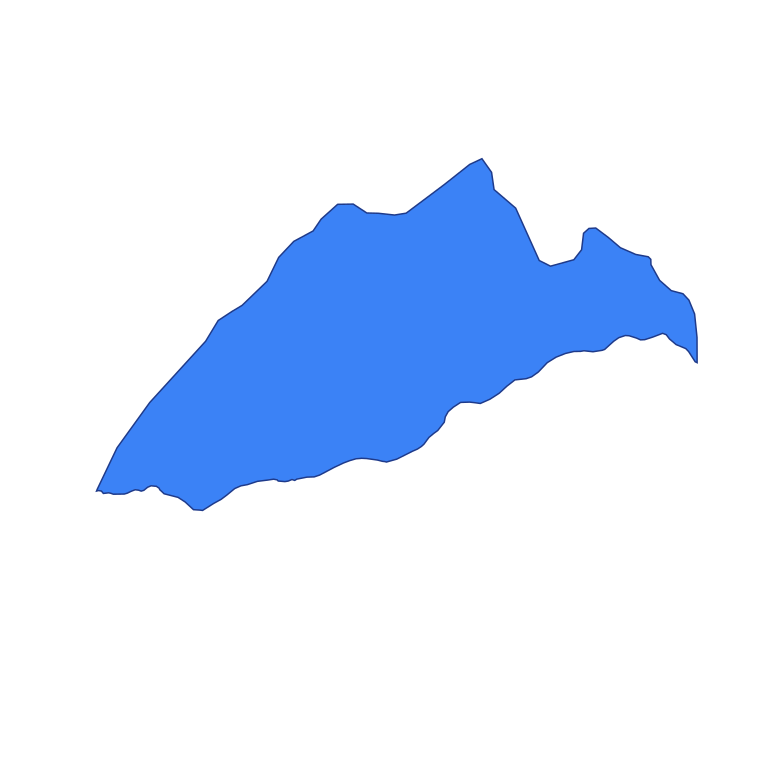 the district of Mayo-Tsanaga, Extrême-Nord, Cameroon, rotated 233°
{"feature_id": "32672807B48868778994443", "entity_name": "Mayo-Tsanaga", "entity_type": "district", "adm_level": 2, "iso_a3": "CMR", "parent_name": "Cameroon", "parent_adm1": "Extrême-Nord", "projection": "natural_earth1", "projection_center": [13.657, 10.578], "detail": "fine", "context": "isolated", "style": "filled", "palette": "blue", "viewbox_px": 768, "rotation_deg": 233, "n_neighbors": 0, "source": "geoboundaries", "source_scale": "gbopen_adm2", "svg_char_len": 1989}
<svg xmlns="http://www.w3.org/2000/svg" viewBox="0 0 768 768"><g transform="rotate(233 384 384)"><path d="M534.5,289.8L525.5,267.3L510.2,185.8L493.7,132.4L472.5,91.6L471.5,90.0L470.7,91.9L468.5,93.9L465.5,94.0L462.8,98.6L461.2,100.0L458.9,101.5L452.4,110.4L451.3,113.3L450.5,117.4L449.3,121.6L446.9,124.1L444.6,125.6L443.6,128.2L443.8,133.0L442.9,136.7L440.2,139.6L439.4,140.6L436.1,141.7L434.5,141.3L431.9,141.8L428.7,142.3L417.4,151.3L409.4,154.2L398.3,156.2L393.9,161.3L392.2,163.0L391.1,176.2L389.9,184.6L389.9,191.8L390.3,201.0L390.3,202.0L388.8,208.4L385.8,214.4L382.4,224.4L377.1,233.6L374.4,238.6L371.7,241.0L370.2,241.1L365.7,246.1L364.1,249.1L363.1,253.0L360.7,254.7L360.5,257.1L356.0,266.4L351.8,272.4L350.0,277.8L347.4,294.0L345.3,304.1L343.4,310.6L341.1,316.7L338.8,320.3L338.4,321.1L334.9,325.3L327.2,333.0L323.2,336.2L321.6,337.9L320.2,339.0L316.3,349.0L313.2,366.1L311.9,371.6L311.6,376.3L311.9,379.7L314.3,387.7L314.6,394.1L314.5,398.9L317.2,409.1L320.9,413.2L323.3,418.6L323.8,425.4L323.2,434.1L318.0,441.5L314.2,445.5L310.5,449.2L309.4,453.8L308.1,459.4L307.3,470.5L308.3,480.6L308.5,491.0L302.7,500.7L300.9,506.2L300.7,514.5L302.8,527.2L301.9,537.5L299.2,547.3L295.7,555.2L291.8,560.6L290.2,563.7L284.0,570.3L279.6,578.5L278.8,581.1L279.4,587.4L279.9,593.1L279.7,599.4L277.5,605.9L275.0,608.8L268.7,613.3L264.9,615.4L262.5,618.9L259.7,627.0L256.8,637.0L253.5,639.1L248.2,639.1L239.7,641.0L230.7,646.3L226.6,646.8L214.5,645.9L212.6,646.9L232.8,662.0L253.0,674.2L267.5,678.0L276.1,677.1L285.7,669.6L300.9,666.5L318.6,669.0L323.0,672.1L326.6,671.6L336.0,663.0L350.6,654.8L365.8,651.4L381.1,647.0L384.9,641.3L384.3,634.1L372.3,622.6L369.0,610.4L377.9,587.9L389.2,582.3L445.2,595.0L473.0,588.9L488.3,597.3L505.0,597.8L507.8,584.6L507.0,552.2L507.1,504.5L512.6,494.1L523.7,482.3L530.9,473.2L546.2,467.7L555.4,455.1L553.5,433.0L548.9,419.5L552.2,397.8L548.5,376.1L536.4,352.4L532.2,318.0L533.4,306.7L534.5,289.8Z" fill="#3b82f6" stroke="#1e3a8a" stroke-width="1.5"/></g></svg>